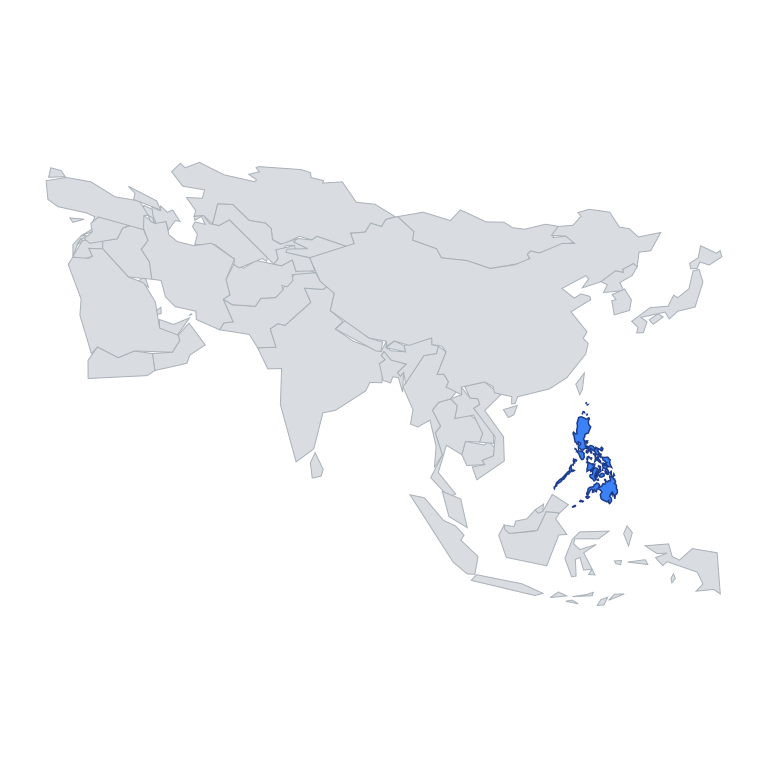 Asia, with Philippines highlighted
{"feature_id": "PHL", "entity_name": "Philippines", "entity_type": "country or territory", "adm_level": 0, "iso_a3": "PHL", "parent_name": "Asia", "parent_adm1": "", "projection": "albers", "projection_center": [122.681, 12.951], "detail": "fine", "context": "in_parent", "style": "filled", "palette": "blue", "viewbox_px": 768, "rotation_deg": 0, "n_neighbors": 45, "source": "natural_earth", "source_scale": "50m", "svg_char_len": 18531}
<svg xmlns="http://www.w3.org/2000/svg" viewBox="0 0 768 768"><path d="M395.3,216.8L385.9,219.4L381.5,226.6L370.7,223.2L365.2,232.1L350.7,233.2L354.2,243.6L350.0,247.7L316.9,236.3L312.0,240.0L299.3,236.3L282.6,244.7L272.4,239.6L271.3,228.6L265.5,223.1L249.2,220.5L232.7,204.5L217.7,204.0L212.6,224.2L203.7,215.7L194.1,216.3L195.7,210.7L186.5,197.5L202.3,198.3L204.7,189.9L182.7,186.2L171.6,171.7L180.4,163.3L185.0,167.8L199.3,162.4L224.3,174.9L254.7,181.7L256.6,179.8L248.7,174.3L259.2,171.8L256.1,167.6L258.9,166.6L301.1,169.6L310.5,172.6L311.2,177.7L323.6,180.6L322.7,183.1L342.3,181.9L356.3,202.3L374.8,204.2L395.3,216.8Z" fill="#d9dde1" stroke="#a8b0b8" stroke-width="1"/><path d="M212.6,224.2L217.7,204.0L232.7,204.5L249.2,220.5L265.5,223.1L271.3,228.6L272.4,239.6L280.5,244.3L297.6,238.5L293.7,242.0L307.8,248.7L299.7,251.4L293.2,249.6L294.4,245.5L286.6,245.2L280.7,251.1L276.0,249.8L278.1,258.9L273.7,264.2L229.4,220.0L218.9,225.7L212.6,224.2Z" fill="#d9dde1" stroke="#a8b0b8" stroke-width="1"/><path d="M717.1,552.8L720.3,594.0L713.7,589.4L696.1,591.2L703.0,583.9L697.2,572.1L667.2,561.7L662.7,565.6L655.5,557.6L667.0,553.2L657.0,553.6L645.1,545.8L668.6,543.9L672.2,556.6L679.4,560.1L692.4,548.6L717.1,552.8ZM607.7,597.2L604.0,604.9L597.2,605.6L600.8,599.7L607.7,597.2ZM671.9,582.9L671.0,578.2L673.5,573.7L675.3,578.5L671.9,582.9ZM559.6,513.0L555.7,518.9L566.8,534.4L558.8,535.0L546.7,565.8L506.3,557.4L498.7,535.3L504.1,525.1L509.4,533.5L531.8,531.5L537.3,530.3L546.2,511.6L559.6,513.0ZM627.6,562.1L645.2,559.7L647.8,564.5L627.6,562.1ZM620.6,564.7L615.8,563.6L614.4,560.9L621.4,560.5L620.6,564.7ZM627.0,525.9L632.3,532.6L628.6,545.9L623.6,533.6L627.0,525.9ZM579.6,531.9L609.0,531.1L598.5,538.9L574.8,538.8L573.7,543.8L579.8,549.6L596.2,544.5L583.7,552.8L595.0,574.9L588.6,574.5L592.0,569.3L583.5,570.0L580.0,557.5L575.4,559.4L576.1,576.0L571.7,576.9L564.9,558.4L572.3,539.4L579.6,531.9ZM578.3,603.9L565.6,601.2L572.2,600.1L578.3,603.9ZM572.4,596.6L587.0,594.5L593.3,592.3L592.2,595.7L572.4,596.6ZM558.3,592.0L566.8,595.9L550.1,597.6L558.3,592.0ZM476.5,574.7L521.7,583.7L542.9,593.3L534.9,595.5L471.3,580.4L476.5,574.7ZM460.9,540.2L478.0,556.6L474.9,574.3L467.2,573.9L453.3,562.3L410.0,494.8L424.4,497.8L443.5,520.4L455.6,526.0L464.0,535.1L460.9,540.2Z" fill="#d9dde1" stroke="#a8b0b8" stroke-width="1"/><path d="M608.6,600.3L614.5,594.2L624.3,593.9L608.6,600.3Z" fill="#d9dde1" stroke="#a8b0b8" stroke-width="1"/><path d="M86.0,235.6L78.3,242.3L72.9,256.3L72.9,244.7L81.5,235.4L86.0,235.6Z" fill="#d9dde1" stroke="#a8b0b8" stroke-width="1"/><path d="M92.3,231.8L81.7,235.3L92.2,229.2L92.3,231.8Z" fill="#d9dde1" stroke="#a8b0b8" stroke-width="1"/><path d="M82.6,240.3L76.9,245.2L80.8,238.7L82.6,240.3Z" fill="#d9dde1" stroke="#a8b0b8" stroke-width="1"/><path d="M82.6,240.3L102.8,240.8L102.7,248.8L88.9,248.4L92.5,256.3L78.8,260.4L72.9,256.3L82.6,240.3Z" fill="#d9dde1" stroke="#a8b0b8" stroke-width="1"/><path d="M159.3,319.5L173.5,324.4L189.5,317.9L176.6,336.3L159.6,328.1L159.3,319.5Z" fill="#d9dde1" stroke="#a8b0b8" stroke-width="1"/><path d="M155.6,315.0L156.6,310.4L160.9,307.3L161.2,313.5L155.6,315.0Z" fill="#d9dde1" stroke="#a8b0b8" stroke-width="1"/><path d="M144.9,276.2L148.5,287.3L138.8,280.8L144.9,276.2Z" fill="#d9dde1" stroke="#a8b0b8" stroke-width="1"/><path d="M102.7,248.8L102.8,240.8L117.3,238.8L122.6,228.1L132.8,224.9L143.5,229.6L148.1,240.5L141.3,249.4L149.4,261.7L151.9,279.2L128.3,277.0L102.7,248.8Z" fill="#d9dde1" stroke="#a8b0b8" stroke-width="1"/><path d="M178.2,335.2L189.0,323.1L205.2,344.9L189.8,355.1L186.9,363.3L154.9,370.5L152.4,353.6L172.3,352.2L179.7,340.5L178.2,335.2ZM191.9,314.5L189.0,315.5L191.3,313.8L191.9,314.5Z" fill="#d9dde1" stroke="#a8b0b8" stroke-width="1"/><path d="M461.8,454.7L465.4,441.4L484.8,445.1L488.0,440.6L494.8,448.0L493.5,455.9L482.3,460.4L484.9,464.6L466.9,465.5L461.8,454.7Z" fill="#d9dde1" stroke="#a8b0b8" stroke-width="1"/><path d="M479.7,442.1L465.4,441.4L461.8,454.7L446.4,445.3L438.3,472.5L455.7,494.1L448.9,497.1L430.7,477.7L442.3,455.1L435.3,432.8L440.5,426.2L432.3,410.2L438.6,402.4L450.7,398.8L457.4,405.7L454.9,418.5L468.8,414.3L478.0,420.9L482.7,433.6L479.7,442.1Z" fill="#d9dde1" stroke="#a8b0b8" stroke-width="1"/><path d="M493.6,443.4L479.7,442.1L482.7,433.6L473.6,415.1L454.9,418.5L457.4,405.7L450.7,398.8L461.6,394.7L461.3,387.1L470.1,398.1L477.8,398.7L479.8,404.6L473.7,408.3L493.8,432.1L493.6,443.4Z" fill="#d9dde1" stroke="#a8b0b8" stroke-width="1"/><path d="M450.7,398.8L438.6,402.4L432.3,410.2L440.5,426.2L435.3,432.8L442.3,455.1L434.4,467.5L436.1,446.2L430.0,420.1L417.8,427.0L410.5,424.1L413.0,409.8L402.9,386.8L423.9,355.6L436.4,353.6L438.3,346.2L446.1,351.8L437.2,374.5L443.8,374.1L448.5,381.9L446.2,387.1L457.9,389.9L450.7,398.8Z" fill="#d9dde1" stroke="#a8b0b8" stroke-width="1"/><path d="M472.3,466.9L484.9,464.6L482.3,460.4L493.5,455.9L495.1,436.9L473.7,408.3L479.8,404.6L477.8,398.7L470.1,398.1L464.6,386.4L484.5,382.0L500.6,394.9L484.7,410.5L503.5,436.8L504.3,461.0L476.8,479.8L472.3,466.9Z" fill="#d9dde1" stroke="#a8b0b8" stroke-width="1"/><path d="M637.2,266.7L632.1,275.6L619.8,282.5L623.8,290.6L603.5,292.5L607.4,284.8L600.9,281.7L605.5,277.9L615.7,270.6L623.4,272.4L622.5,269.4L633.4,263.5L637.2,266.7Z" fill="#d9dde1" stroke="#a8b0b8" stroke-width="1"/><path d="M612.1,294.5L624.6,289.1L631.4,299.9L629.5,310.4L614.2,314.9L611.8,300.7L616.1,299.6L612.1,294.5Z" fill="#d9dde1" stroke="#a8b0b8" stroke-width="1"/><path d="M397.5,216.6L423.2,212.2L450.4,220.6L460.4,209.9L486.1,221.9L504.0,222.2L512.5,227.7L524.7,229.2L545.5,224.2L558.3,226.4L552.8,237.6L565.8,236.1L575.3,241.6L539.5,253.0L530.5,251.0L527.4,254.4L529.9,258.5L521.6,263.1L490.1,268.5L467.0,260.6L441.5,257.9L436.5,248.8L412.5,240.2L413.8,231.6L397.5,216.6Z" fill="#d9dde1" stroke="#a8b0b8" stroke-width="1"/><path d="M438.3,346.2L436.4,353.6L423.9,355.6L405.6,383.4L403.6,372.7L400.4,376.5L397.4,372.7L406.0,364.1L391.3,360.3L384.0,351.7L381.3,355.7L385.2,359.7L379.4,363.8L383.0,366.1L381.9,382.8L369.9,382.4L365.8,390.8L335.3,410.4L322.9,412.8L313.8,448.8L296.1,461.9L280.4,404.6L281.6,368.5L267.8,368.9L257.7,347.8L275.9,347.2L270.1,328.9L278.1,323.6L284.9,325.5L310.7,302.3L304.3,288.1L322.8,289.4L329.3,285.3L334.3,293.5L330.3,310.6L342.9,321.3L335.4,329.0L353.2,341.2L381.0,351.5L386.5,341.3L386.2,347.7L391.4,350.8L405.4,351.8L404.0,345.6L431.8,337.9L431.9,344.6L438.3,346.2Z" fill="#d9dde1" stroke="#a8b0b8" stroke-width="1"/><path d="M403.6,372.7L402.6,392.2L398.4,377.7L392.8,376.8L390.6,382.9L383.1,380.5L379.4,363.8L385.2,359.7L381.3,355.7L384.0,351.7L391.3,360.3L406.0,364.1L397.4,372.7L400.4,376.5L403.6,372.7Z" fill="#d9dde1" stroke="#a8b0b8" stroke-width="1"/><path d="M404.0,345.6L405.4,351.8L386.2,347.7L394.4,341.0L404.0,345.6Z" fill="#d9dde1" stroke="#a8b0b8" stroke-width="1"/><path d="M382.6,342.1L381.0,351.5L375.9,350.9L335.4,329.0L345.6,320.2L369.1,338.1L382.6,342.1Z" fill="#d9dde1" stroke="#a8b0b8" stroke-width="1"/><path d="M329.3,285.3L322.8,289.4L304.3,288.1L310.7,302.3L284.9,325.5L278.1,323.6L270.1,328.9L275.9,347.2L257.7,347.8L249.3,334.4L219.6,329.8L223.7,323.0L233.0,321.8L223.2,299.2L232.3,304.7L255.4,306.3L260.8,298.3L275.5,297.6L295.9,272.7L315.6,272.7L320.2,281.2L329.3,285.3Z" fill="#d9dde1" stroke="#a8b0b8" stroke-width="1"/><path d="M256.0,260.5L281.5,265.8L292.3,259.9L296.1,271.4L305.1,268.5L315.6,272.7L292.0,274.7L292.9,280.6L287.2,286.8L281.8,285.4L283.2,289.9L275.5,297.6L260.8,298.3L255.4,306.3L232.3,304.7L223.2,299.2L229.9,294.9L226.0,279.4L233.8,264.3L243.6,268.2L256.0,260.5Z" fill="#d9dde1" stroke="#a8b0b8" stroke-width="1"/><path d="M273.7,264.2L278.1,258.9L276.0,249.8L294.4,245.5L295.5,250.0L285.9,252.3L309.7,257.7L314.9,270.8L296.1,271.4L292.3,259.9L281.5,265.8L273.7,264.2Z" fill="#d9dde1" stroke="#a8b0b8" stroke-width="1"/><path d="M297.6,238.5L312.0,240.0L316.9,236.3L350.0,247.7L309.7,257.7L285.9,252.3L287.1,249.1L307.8,248.7L293.7,242.0L297.6,238.5Z" fill="#d9dde1" stroke="#a8b0b8" stroke-width="1"/><path d="M194.1,216.3L203.7,215.7L209.7,223.7L218.9,225.7L229.4,220.0L267.4,257.7L266.5,261.3L262.4,258.5L239.1,268.0L233.8,264.3L234.5,259.2L215.3,244.8L194.8,244.5L197.4,234.3L192.5,226.4L195.0,222.0L205.2,224.3L201.4,216.3L194.9,220.4L194.1,216.3Z" fill="#d9dde1" stroke="#a8b0b8" stroke-width="1"/><path d="M151.9,279.2L149.4,261.7L141.3,249.4L148.1,240.5L141.9,224.1L143.9,215.6L153.9,223.0L166.0,221.5L168.9,234.7L177.0,241.5L193.9,245.7L211.5,243.2L234.5,259.2L226.0,279.4L229.9,294.9L223.2,299.2L233.0,321.8L223.7,323.0L219.6,329.8L196.3,319.5L195.8,311.2L175.1,306.6L165.4,296.8L161.2,280.5L151.9,279.2Z" fill="#d9dde1" stroke="#a8b0b8" stroke-width="1"/><path d="M84.2,238.8L92.3,231.8L90.8,223.4L98.2,216.9L130.1,225.0L122.6,228.1L117.3,238.8L89.7,243.3L84.2,238.8Z" fill="#d9dde1" stroke="#a8b0b8" stroke-width="1"/><path d="M156.0,223.4L142.8,210.2L143.9,205.4L154.3,210.4L156.0,223.4Z" fill="#d9dde1" stroke="#a8b0b8" stroke-width="1"/><path d="M143.5,229.6L98.2,216.9L93.0,221.5L94.7,216.7L87.0,213.1L58.1,206.7L47.9,199.4L46.1,180.7L66.3,177.5L90.9,181.8L115.0,196.8L139.5,201.0L148.1,215.2L143.9,215.6L143.5,229.6ZM50.8,167.8L61.3,170.7L65.1,176.6L48.6,177.3L50.8,167.8Z" fill="#d9dde1" stroke="#a8b0b8" stroke-width="1"/><path d="M323.2,469.5L321.1,476.2L312.2,478.1L310.4,462.8L315.1,452.6L323.2,469.5Z" fill="#d9dde1" stroke="#a8b0b8" stroke-width="1"/><path d="M508.3,417.6L503.4,409.6L517.2,405.5L513.9,414.7L508.3,417.6ZM309.7,257.7L354.2,243.6L350.7,233.2L365.2,232.1L370.7,223.2L381.5,226.6L385.9,219.4L397.5,216.6L413.8,231.6L412.5,240.2L436.5,248.8L441.5,257.9L467.0,260.6L490.1,268.5L514.9,264.7L529.9,258.5L527.4,254.4L530.5,251.0L539.5,253.0L562.1,243.4L574.7,243.5L565.8,236.1L551.4,235.4L558.3,226.4L572.8,225.4L581.0,216.3L577.9,212.5L589.3,209.3L609.7,212.2L619.4,227.2L629.1,228.6L638.3,237.0L660.7,232.5L650.7,250.8L639.0,252.2L637.2,266.7L633.4,263.5L622.5,269.4L623.4,272.4L615.7,270.6L600.9,281.7L582.3,287.8L588.7,278.8L585.7,275.8L561.8,288.5L574.3,298.1L580.9,293.9L589.8,296.4L590.8,299.6L570.9,311.8L587.1,331.9L583.2,338.3L588.2,343.7L585.7,354.0L566.9,377.6L549.6,388.8L517.6,396.8L515.1,403.7L511.6,403.9L511.8,396.6L494.5,392.8L492.9,386.3L484.5,382.0L461.3,387.1L461.6,394.7L446.2,387.1L448.5,381.9L443.8,374.1L437.2,374.5L446.1,351.8L441.9,346.1L431.9,344.6L431.8,337.9L409.0,345.4L394.4,341.0L386.3,346.4L386.5,341.3L369.1,338.1L330.3,310.6L334.3,293.5L320.2,281.2L309.7,257.7Z" fill="#d9dde1" stroke="#a8b0b8" stroke-width="1"/><path d="M584.4,372.9L582.4,389.3L579.7,394.7L575.8,384.2L584.4,372.9Z" fill="#d9dde1" stroke="#a8b0b8" stroke-width="1"/><path d="M160.7,206.0L167.3,212.3L172.6,209.9L180.0,221.5L175.3,220.6L168.4,230.0L166.0,221.5L156.0,223.4L153.0,215.5L151.8,207.0L159.9,210.6L160.7,206.0ZM153.9,223.0L150.3,221.1L148.1,215.2L153.0,218.2L153.9,223.0Z" fill="#d9dde1" stroke="#a8b0b8" stroke-width="1"/><path d="M128.3,186.3L156.7,200.9L160.8,210.1L133.6,199.4L135.0,193.2L128.3,186.3Z" fill="#d9dde1" stroke="#a8b0b8" stroke-width="1"/><path d="M442.3,491.4L460.8,499.1L467.2,527.6L448.9,516.5L442.3,491.4ZM559.6,513.0L546.2,511.6L537.3,530.3L509.4,533.5L505.0,529.6L504.1,525.1L514.1,526.6L515.7,521.1L526.8,518.9L535.2,509.8L542.7,511.5L552.3,494.4L568.4,504.8L559.6,513.0Z" fill="#d9dde1" stroke="#a8b0b8" stroke-width="1"/><path d="M543.6,504.0L542.7,511.5L538.1,513.4L535.2,509.8L543.6,504.0Z" fill="#d9dde1" stroke="#a8b0b8" stroke-width="1"/><path d="M702.9,282.0L695.1,307.0L677.5,311.3L669.4,318.9L664.9,312.1L640.9,317.4L647.0,321.8L643.4,332.6L636.7,333.0L638.0,327.3L631.6,321.4L650.1,307.6L668.1,306.2L673.7,295.1L677.7,297.7L689.0,288.7L693.0,270.9L699.0,269.4L702.9,282.0ZM716.3,253.3L720.1,250.6L721.9,256.7L709.1,265.1L699.8,261.9L697.2,268.3L690.8,268.9L689.6,263.2L698.2,257.9L700.6,245.7L716.3,253.3ZM649.2,319.8L658.0,313.8L663.2,317.0L653.2,324.3L649.2,319.8Z" fill="#d9dde1" stroke="#a8b0b8" stroke-width="1"/><path d="M152.4,353.6L154.9,370.5L147.2,375.6L88.1,378.5L88.0,360.4L97.5,346.9L118.2,357.7L134.2,351.0L152.4,353.6Z" fill="#d9dde1" stroke="#a8b0b8" stroke-width="1"/><path d="M72.8,257.2L88.7,258.4L92.5,256.3L88.9,248.4L102.7,248.8L128.3,277.0L143.8,282.9L155.3,301.8L159.6,328.1L178.2,335.2L179.7,340.5L172.3,352.2L134.2,351.0L118.2,357.7L97.5,346.9L91.4,353.6L79.9,315.2L81.1,299.0L68.2,264.4L72.8,257.2Z" fill="#d9dde1" stroke="#a8b0b8" stroke-width="1"/><path d="M84.0,219.2L72.8,222.4L69.9,217.9L84.0,219.2Z" fill="#d9dde1" stroke="#a8b0b8" stroke-width="1"/><path d="M581.7,416.9L586.4,419.1L587.6,418.9L588.3,417.8L589.1,418.0L589.4,418.9L588.5,420.6L588.4,423.3L588.9,424.8L589.8,425.7L590.0,426.5L590.7,426.9L588.2,433.1L586.0,433.8L584.8,434.8L584.8,436.6L583.5,438.9L585.4,442.8L584.9,443.2L584.9,443.8L585.8,446.6L586.8,447.6L588.7,448.2L589.2,447.7L588.6,446.7L590.5,445.6L591.4,445.6L593.3,446.5L594.2,448.0L594.4,449.4L595.2,449.4L595.7,448.8L595.4,447.9L595.8,447.3L596.5,447.9L599.0,448.8L599.3,449.0L598.9,449.6L597.3,450.1L599.0,452.6L598.8,453.6L601.1,454.1L600.6,457.3L599.4,456.5L599.9,454.9L597.8,455.0L595.8,454.1L595.7,453.0L594.8,451.4L592.9,450.3L591.1,448.3L590.3,448.5L590.6,450.0L591.6,451.8L591.7,452.7L591.2,453.1L589.7,450.9L587.8,449.1L585.9,448.1L584.1,448.8L583.1,450.0L581.5,449.8L579.9,448.4L579.2,448.3L578.6,449.0L578.4,446.4L580.4,444.4L580.6,443.4L578.3,441.8L578.3,444.4L577.3,444.6L576.1,442.4L575.1,442.0L573.9,435.4L573.1,434.2L573.2,432.6L573.6,432.1L575.6,434.0L577.0,433.6L576.6,430.0L577.3,427.9L577.4,425.1L577.0,423.4L578.6,417.6L579.9,417.0L581.7,416.9ZM613.5,478.8L614.7,479.1L614.7,480.1L615.5,481.2L615.6,481.9L614.4,483.6L615.9,484.3L616.5,486.2L616.4,488.7L617.3,489.7L617.4,492.5L616.5,494.1L614.9,495.2L615.2,496.0L614.9,498.8L613.9,495.3L612.4,492.0L611.6,492.5L609.6,496.3L610.9,497.8L611.5,499.4L611.5,501.0L610.1,503.1L609.4,503.6L608.7,502.5L608.6,500.5L607.3,501.8L606.6,501.8L601.8,499.4L601.0,498.3L600.3,494.4L601.7,492.6L601.8,491.7L600.2,489.9L598.2,488.9L597.0,489.0L596.4,491.7L595.0,490.9L594.4,489.7L593.7,490.8L592.8,490.9L592.4,489.6L591.3,489.3L590.3,490.1L588.1,494.7L587.0,494.6L586.6,493.9L586.7,493.1L587.5,492.0L588.1,489.0L588.8,488.1L589.8,487.4L593.2,486.7L593.8,486.3L594.1,484.8L596.0,483.9L596.6,483.0L598.3,483.6L599.4,484.8L599.6,486.5L598.8,487.3L599.1,487.4L601.7,486.2L603.0,483.7L604.4,484.2L605.2,483.9L605.5,481.9L606.0,481.2L607.8,481.9L608.3,480.8L610.2,480.9L610.4,480.0L609.6,476.5L609.9,475.9L612.6,477.5L613.5,478.8ZM594.6,480.7L593.8,480.7L592.9,479.0L590.9,477.9L589.9,476.5L589.9,475.6L590.3,474.7L591.9,474.5L592.8,473.8L592.6,471.1L593.5,469.8L593.7,468.5L595.4,467.8L597.1,468.3L597.5,469.2L594.8,475.3L594.8,477.0L595.9,479.3L594.6,480.7ZM608.2,457.5L608.8,458.8L610.2,459.7L609.7,461.3L609.9,463.7L610.7,465.5L610.5,466.1L611.3,466.5L611.6,467.3L610.9,466.8L608.3,466.7L607.0,465.4L606.2,464.0L606.7,462.6L606.0,462.5L604.6,460.9L603.1,460.0L602.1,457.2L603.9,457.5L607.7,457.2L608.2,457.5ZM587.5,461.8L591.3,464.0L592.7,463.8L593.3,464.2L593.1,464.8L594.8,464.2L594.5,465.8L593.9,467.0L592.5,467.8L592.3,468.9L590.7,469.8L588.6,470.3L587.0,471.4L587.0,468.6L587.6,467.1L588.0,463.5L587.7,462.9L586.6,462.5L586.7,462.0L587.5,461.8ZM560.9,481.6L555.8,484.9L556.7,482.6L560.3,479.2L561.8,478.5L567.9,471.9L569.2,471.1L569.8,469.7L569.4,468.6L569.7,467.8L571.1,465.3L571.4,465.5L571.2,467.9L572.2,471.0L570.1,472.1L568.9,473.9L566.2,474.8L566.2,475.8L563.9,479.1L561.9,480.1L560.9,481.6ZM577.0,450.9L580.8,451.1L581.7,451.8L582.2,451.5L584.2,453.5L583.9,454.8L584.3,456.8L583.4,459.0L582.4,459.6L581.6,459.4L580.3,457.6L578.6,453.2L577.7,452.6L577.4,451.7L576.6,451.6L577.0,450.9ZM602.4,464.1L604.5,465.6L605.6,465.0L606.3,465.2L606.9,466.3L606.9,469.1L607.9,470.1L608.6,472.3L607.8,472.5L607.8,473.1L606.7,471.9L607.0,474.1L605.4,473.2L605.1,471.4L605.4,469.1L604.6,468.0L603.2,468.2L602.4,464.1ZM597.0,477.1L596.0,478.3L595.9,477.8L596.3,474.6L598.4,471.2L600.5,465.9L600.3,471.7L598.4,473.5L597.0,477.1ZM604.2,475.8L602.7,476.8L601.1,477.1L599.9,476.9L599.1,475.6L601.4,473.5L602.5,473.3L604.1,474.2L604.2,475.8ZM597.4,458.1L599.6,459.9L600.5,461.3L600.5,462.7L598.5,461.4L598.5,461.0L596.8,459.6L594.8,461.6L595.5,458.4L595.3,457.2L597.4,458.1ZM602.9,448.5L602.3,450.6L601.3,450.8L600.4,449.9L601.0,449.1L601.0,447.8L601.6,447.2L602.9,448.5ZM587.8,498.2L586.9,498.3L585.9,496.9L586.1,496.6L587.6,496.1L589.3,497.0L587.8,498.2ZM575.0,459.9L575.8,459.5L576.6,460.5L576.4,460.9L574.4,460.9L573.5,459.6L573.6,459.0L575.0,459.9ZM586.5,450.6L588.1,451.3L588.1,452.0L587.3,453.0L586.2,452.2L586.5,450.6ZM580.8,500.3L582.0,501.0L583.1,501.0L583.3,501.4L582.5,501.9L582.0,501.4L580.1,501.7L579.7,501.3L580.8,500.3ZM611.4,474.9L610.1,473.5L610.2,472.2L611.2,471.4L611.4,474.9ZM588.2,456.7L587.4,460.4L586.8,458.9L587.3,457.1L588.2,456.7ZM575.5,505.9L575.1,506.4L574.7,506.1L573.6,507.0L572.7,507.1L572.7,506.7L575.0,505.4L575.5,505.9ZM587.6,441.0L587.1,441.8L587.5,442.6L586.9,443.3L586.3,440.8L587.6,441.0ZM591.5,471.3L590.8,471.6L590.8,470.4L591.8,469.5L592.1,470.1L591.5,471.3ZM574.6,463.0L574.0,463.0L573.4,461.3L574.6,461.5L574.6,463.0ZM604.2,464.4L603.4,464.5L602.6,463.3L603.6,463.1L604.2,464.4ZM591.7,458.2L591.2,459.2L590.0,458.0L591.2,457.8L591.7,458.2ZM613.8,475.8L613.3,475.4L613.8,473.9L614.5,475.6L613.8,475.8ZM594.0,453.6L596.1,456.4L593.4,454.0L593.5,453.7L594.0,453.6ZM574.3,470.5L572.9,471.3L572.7,470.6L573.3,470.0L574.3,470.5ZM598.1,479.2L598.4,480.2L597.8,480.4L597.0,479.8L598.1,479.2ZM597.8,456.6L598.8,458.6L597.6,456.8L597.8,456.6ZM554.8,486.9L554.5,488.6L554.1,488.0L554.3,487.0L554.8,486.9ZM605.6,480.1L605.4,480.5L604.7,480.1L604.6,479.5L605.2,479.4L605.6,480.1ZM612.2,493.4L612.1,494.9L611.5,493.8L611.7,493.0L612.2,493.4ZM576.2,449.3L576.2,449.8L575.1,449.1L575.1,448.7L576.2,449.3ZM608.3,473.6L608.7,474.8L607.7,473.3L608.3,473.6ZM587.3,414.7L586.3,415.4L587.1,414.3L587.3,414.7ZM587.1,446.2L588.4,447.7L587.0,446.7L587.1,446.2ZM584.4,412.0L584.5,412.6L583.5,412.0L583.6,411.7L584.4,412.0ZM573.4,464.1L573.2,465.1L572.5,464.8L572.5,464.5L573.4,464.1ZM592.6,491.5L593.4,492.0L592.5,492.3L592.6,491.5ZM605.8,463.7L605.7,464.1L605.3,463.8L605.0,462.9L605.8,463.7ZM598.7,465.8L599.1,466.7L598.6,466.7L598.4,466.1L598.7,465.8ZM556.7,485.9L556.2,486.1L556.2,485.3L556.7,485.4L556.7,485.9ZM613.2,477.0L612.9,476.8L613.2,475.9L613.3,476.4L613.2,477.0ZM582.5,413.2L582.7,414.3L582.3,413.7L582.5,413.2ZM587.6,404.7L586.9,405.4L587.1,404.8L587.6,404.7ZM586.5,402.2L586.4,403.1L586.1,403.1L586.5,402.2ZM602.8,470.2L602.2,470.4L602.5,469.7L602.8,470.2ZM589.2,457.1L589.0,457.7L589.1,457.1L589.2,457.1Z" fill="#3b82f6" stroke="#1e3a8a" stroke-width="1.5"/></svg>